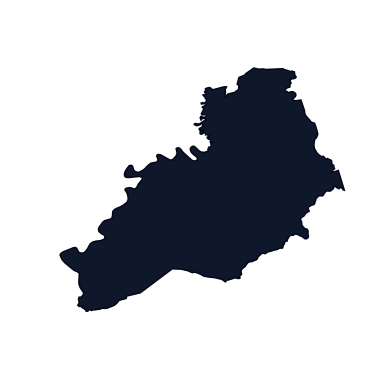 Daule, Guayas, Ecuador (Natural Earth projection), rotated 71°
{"feature_id": "8360857B15995512724159", "entity_name": "Daule", "entity_type": "district", "adm_level": 2, "iso_a3": "ECU", "parent_name": "Ecuador", "parent_adm1": "Guayas", "projection": "natural_earth1", "projection_center": [-79.945, -1.92], "detail": "fine", "context": "isolated", "style": "filled", "palette": "ink", "viewbox_px": 384, "rotation_deg": 71, "n_neighbors": 0, "source": "geoboundaries", "source_scale": "gbopen_adm2", "svg_char_len": 6016}
<svg xmlns="http://www.w3.org/2000/svg" viewBox="0 0 384 384"><g transform="rotate(71 192 192)"><path d="M239.9,47.4L219.3,46.7L219.0,53.6L217.0,51.5L216.6,50.1L216.0,49.5L214.7,49.9L213.3,49.3L211.2,50.5L209.8,50.5L208.4,49.9L207.4,50.0L204.3,53.3L204.7,54.3L204.5,54.9L202.4,55.5L200.8,56.5L201.0,57.4L200.3,58.4L197.5,60.3L195.5,61.2L190.7,62.1L187.4,61.5L183.4,59.6L182.6,58.9L182.1,58.9L181.5,58.4L181.6,57.4L180.9,56.4L178.8,54.6L177.6,54.1L169.8,53.6L168.3,53.9L167.1,53.6L165.2,55.9L165.1,56.5L162.6,57.2L156.9,59.6L154.1,59.8L151.5,59.1L140.5,59.1L139.5,64.2L138.3,66.3L137.3,66.7L136.7,66.3L135.8,63.9L134.6,62.4L133.3,62.0L132.0,62.3L130.0,64.0L129.5,65.7L129.5,68.1L128.7,69.1L127.8,69.5L128.1,70.4L127.2,70.9L126.2,70.9L125.2,69.9L124.4,67.8L124.7,65.6L124.4,65.1L122.4,64.6L122.3,64.2L121.6,63.9L121.5,63.0L120.2,63.1L119.0,62.8L118.2,63.2L117.7,62.7L117.5,60.8L118.0,58.9L117.8,58.1L117.9,57.1L117.3,56.2L116.7,56.1L115.7,56.9L114.9,56.5L114.1,56.6L111.7,56.1L111.1,57.2L110.2,58.0L110.5,59.4L110.0,59.7L105.7,65.6L105.0,65.9L100.2,82.3L98.9,84.5L97.5,89.1L94.9,93.2L97.5,102.2L98.6,104.2L99.0,110.3L104.8,114.2L106.5,113.0L108.9,114.0L109.7,114.1L110.7,115.9L111.2,118.3L111.7,118.9L111.1,125.8L111.5,127.0L113.1,129.0L112.1,129.8L109.7,128.3L105.9,127.2L103.8,125.2L103.2,126.5L102.8,129.4L102.2,138.2L101.8,139.3L100.9,140.1L99.6,140.5L99.1,141.8L98.7,142.1L98.6,144.5L98.9,145.8L99.8,145.9L100.9,145.0L101.1,145.2L101.1,147.2L101.5,147.6L103.8,146.9L104.3,147.5L104.3,148.1L103.8,149.9L104.8,149.8L106.1,149.0L107.7,148.9L108.9,148.4L110.1,148.4L111.3,149.5L111.9,151.0L110.9,153.8L110.9,154.4L111.9,154.4L112.3,152.0L112.9,150.9L114.0,150.7L114.6,151.1L114.9,154.4L115.3,154.7L116.5,154.0L117.5,154.0L121.1,157.7L121.8,157.5L122.8,156.3L123.0,154.7L123.9,153.1L124.6,153.0L125.0,153.6L125.4,156.3L124.8,157.5L123.7,158.1L123.4,158.9L124.5,160.1L126.9,160.0L126.7,159.4L125.4,158.8L125.0,158.2L126.2,157.5L126.2,156.8L126.9,155.7L128.1,155.0L128.4,155.4L128.5,156.9L130.1,162.9L129.1,165.2L128.3,166.4L128.6,167.8L130.2,167.0L131.0,165.3L131.0,162.3L130.1,160.8L130.5,160.2L133.0,160.2L134.2,162.3L134.3,164.4L135.6,164.8L136.4,164.4L136.2,163.1L136.7,162.2L136.8,161.4L138.0,160.7L138.7,162.0L137.6,162.4L137.6,163.9L138.1,163.5L138.5,165.1L139.5,165.3L139.9,165.1L140.4,164.5L140.3,162.7L139.8,161.1L141.2,160.1L142.3,160.6L142.7,158.9L143.3,158.7L144.8,157.1L145.4,157.3L145.0,159.7L145.4,160.0L147.3,159.4L148.7,157.4L150.2,157.3L150.3,158.4L151.3,158.4L151.7,158.0L151.8,157.1L152.8,158.6L154.4,158.6L154.8,158.9L155.4,160.0L155.0,161.2L156.0,162.4L157.3,163.2L158.4,163.2L158.6,164.7L158.6,167.4L157.4,170.0L156.0,171.6L149.8,174.8L149.0,176.2L149.0,177.1L150.0,179.2L151.1,179.7L153.3,179.9L155.8,179.1L160.2,176.3L162.0,175.9L162.8,176.1L163.3,176.7L163.7,178.3L163.5,179.7L162.2,181.5L160.9,182.4L151.2,187.7L147.9,188.7L146.3,189.7L145.6,190.8L145.5,191.9L145.9,192.9L150.4,193.4L152.0,194.6L153.2,196.0L155.0,199.6L155.0,201.5L154.4,202.6L146.6,209.6L145.6,211.5L145.6,212.4L145.7,212.9L146.4,213.7L150.0,213.5L151.7,214.4L152.1,215.5L152.1,216.7L151.4,221.7L153.1,226.2L154.3,228.3L155.3,230.7L156.1,235.2L155.5,237.5L153.9,239.2L152.2,240.0L148.7,239.8L147.3,240.3L146.8,241.6L146.7,242.9L149.5,247.1L151.7,249.2L153.5,250.2L154.8,250.5L156.0,250.1L156.7,249.4L157.7,247.2L160.0,237.2L160.4,236.2L161.8,234.6L163.0,234.4L163.6,234.9L164.3,235.5L166.8,239.8L169.7,242.8L170.5,244.7L170.2,246.0L168.6,247.7L167.5,249.8L167.1,251.7L167.2,253.7L167.9,254.6L168.4,254.6L171.9,253.7L175.5,254.0L177.9,254.6L179.8,255.9L180.9,257.7L182.1,261.1L182.7,264.5L182.9,268.4L183.5,271.5L184.8,273.3L189.2,275.2L190.6,276.6L191.0,278.2L190.7,284.1L191.6,286.4L194.5,290.5L195.9,292.1L197.6,292.8L198.7,292.9L200.9,291.9L204.2,289.1L206.0,288.8L207.6,289.8L208.1,291.0L208.2,294.5L207.2,298.8L207.0,302.1L208.0,305.3L211.7,309.3L213.8,312.4L214.2,313.7L214.2,315.4L213.6,316.9L212.8,318.1L211.7,318.8L207.8,319.4L206.9,319.9L206.3,320.9L206.1,322.5L206.7,333.7L207.5,336.2L208.8,337.3L213.9,336.8L218.0,335.0L227.7,329.0L230.1,326.3L231.9,325.2L232.7,325.2L239.8,328.1L242.1,328.8L244.7,328.9L246.6,328.7L251.8,327.3L252.7,327.6L253.7,328.3L255.1,330.5L255.2,331.2L254.7,333.0L256.4,334.3L258.1,334.3L259.0,334.7L260.0,334.6L261.8,336.8L262.5,336.3L263.5,336.1L263.3,335.1L263.6,334.3L264.5,334.2L265.4,333.2L266.3,333.0L267.0,331.7L267.7,331.8L268.5,331.0L270.0,331.0L270.7,329.9L270.6,328.8L269.8,328.2L269.9,327.5L270.5,326.4L271.3,325.7L271.3,323.1L272.0,321.7L272.2,320.1L272.1,319.0L272.8,317.9L272.7,314.7L274.0,311.3L274.2,309.6L273.8,302.0L272.0,298.1L270.7,296.4L271.2,289.0L269.1,287.5L270.5,273.8L258.0,235.1L258.8,234.1L261.4,227.4L265.2,221.4L268.3,218.1L268.6,215.9L269.6,214.1L272.6,210.6L275.3,208.3L277.9,203.8L280.1,198.9L283.9,192.8L285.6,191.2L287.8,189.8L286.8,187.7L287.1,184.6L287.1,179.3L289.0,176.2L289.1,174.8L287.3,174.5L286.1,172.2L285.7,171.9L282.6,171.4L281.5,170.4L280.5,168.5L279.8,166.2L277.9,163.7L276.9,161.7L276.7,160.5L277.3,157.7L276.9,152.6L275.0,150.9L272.7,145.9L272.9,144.7L273.9,143.6L274.1,142.8L273.3,139.8L273.7,135.9L273.6,133.2L274.1,130.6L273.6,127.2L274.4,125.3L274.3,124.4L272.0,123.0L271.0,121.4L269.4,120.7L269.0,119.3L269.4,118.1L268.0,117.5L267.3,116.3L266.4,115.9L266.1,114.9L265.2,114.1L265.3,111.8L265.9,110.4L265.4,109.4L265.3,108.5L265.8,107.2L266.8,105.6L268.2,104.6L269.6,102.7L272.8,100.6L273.5,99.1L273.1,97.7L272.7,96.9L271.7,96.3L268.7,95.9L267.6,95.2L266.1,95.0L264.9,95.2L263.0,97.5L260.9,98.4L258.7,99.0L257.2,98.3L254.1,98.2L252.9,98.6L251.7,96.7L251.0,93.7L249.7,92.2L249.3,91.3L248.5,89.1L248.4,87.5L245.5,87.5L244.1,87.0L243.9,85.2L243.4,83.7L243.6,81.0L242.6,79.5L241.3,79.0L239.8,77.4L238.4,77.0L237.9,75.0L236.8,74.2L237.5,71.4L238.0,70.6L238.0,69.8L237.5,68.3L236.6,68.1L236.3,67.2L235.1,65.4L234.9,63.9L236.0,61.6L236.0,60.2L234.8,57.2L233.2,56.0L232.9,55.2L233.8,54.3L234.7,54.0L236.6,52.1L236.7,51.5L235.8,50.5L235.9,49.8L237.7,48.7L239.1,48.4L239.9,47.4Z" fill="#0f172a" stroke="#020617" stroke-width="1.5"/></g></svg>